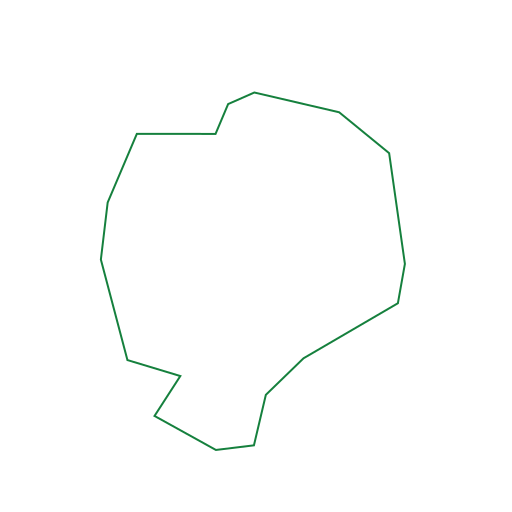 Staunton, Virginia, United States of America (Equal Earth projection), rotated 151°
{"feature_id": "52423323B96137382853901", "entity_name": "Staunton", "entity_type": "district", "adm_level": 2, "iso_a3": "USA", "parent_name": "United States of America", "parent_adm1": "Virginia", "projection": "equal_earth", "projection_center": [-79.059, 38.161], "detail": "fine", "context": "isolated", "style": "outline", "palette": "green", "viewbox_px": 512, "rotation_deg": 151, "n_neighbors": 0, "source": "geoboundaries", "source_scale": "gbopen_adm2", "svg_char_len": 380}
<svg xmlns="http://www.w3.org/2000/svg" viewBox="0 0 512 512"><g transform="rotate(151 256 256)"><path d="M113.6,341.4L178.2,399.8L206.7,402.4L232.2,382.4L301.0,420.6L359.8,374.7L393.4,328.1L418.9,227.3L380.4,187.7L422.3,165.3L385.1,105.8L349.6,91.4L314.7,129.8L264.0,143.5L154.8,145.9L129.6,176.9L89.7,281.4L113.6,341.4Z" fill="none" stroke="#15803d" stroke-width="2"/></g></svg>